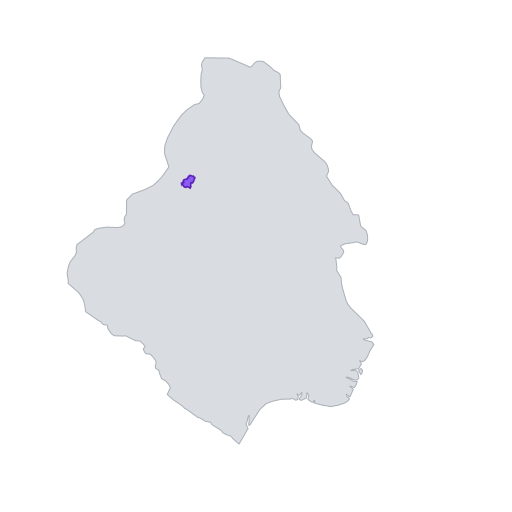 location of Jahun, Jigawa, Nigeria, rotated 303°
{"feature_id": "59680162B13393519160177", "entity_name": "Jahun", "entity_type": "district", "adm_level": 2, "iso_a3": "NGA", "parent_name": "Nigeria", "parent_adm1": "Jigawa", "projection": "natural_earth1", "projection_center": [9.509, 12.058], "detail": "fine", "context": "in_parent", "style": "filled", "palette": "violet", "viewbox_px": 512, "rotation_deg": 303, "n_neighbors": 0, "source": "geoboundaries", "source_scale": "gbopen_adm2", "svg_char_len": 5755}
<svg xmlns="http://www.w3.org/2000/svg" viewBox="0 0 512 512"><g transform="rotate(303 256 256)"><path d="M394.4,105.2L407.3,125.6L410.0,140.8L411.1,148.3L413.2,149.2L417.2,149.6L420.1,151.1L421.8,153.6L422.9,155.9L423.1,157.3L422.3,166.3L421.4,169.6L421.9,174.1L421.8,176.0L421.4,177.3L419.6,178.8L417.2,180.3L411.4,184.6L409.7,185.3L407.3,185.4L405.2,186.5L402.7,188.8L397.4,197.5L392.8,206.3L389.5,220.4L385.5,224.8L384.7,228.7L384.1,237.5L383.5,240.2L382.9,241.0L378.5,242.6L376.0,244.7L374.5,248.7L372.6,262.2L371.9,264.5L370.5,266.8L368.3,269.4L366.3,270.8L361.3,271.7L356.6,281.9L356.5,283.7L354.4,293.0L350.7,300.0L350.5,304.5L345.9,310.6L343.5,314.8L346.0,319.2L346.2,319.9L338.3,327.3L337.8,328.4L337.5,333.5L336.9,334.9L335.4,336.8L333.3,338.8L331.1,340.4L328.7,341.5L326.3,342.0L325.0,341.3L324.3,339.8L322.9,333.5L322.3,332.1L320.7,330.9L314.7,324.0L311.0,321.6L310.2,321.8L309.6,322.4L308.5,325.9L307.5,327.2L305.6,327.6L302.2,327.7L299.7,327.2L299.2,326.5L298.0,323.8L290.4,330.1L287.8,331.5L284.4,338.9L279.7,342.6L276.4,345.8L267.6,355.9L265.8,358.9L264.1,363.3L260.3,382.3L254.2,394.2L253.4,396.7L253.1,396.6L252.3,397.7L249.9,397.0L248.9,394.8L247.4,394.5L244.9,391.2L244.4,391.8L247.0,399.9L246.0,403.1L238.6,403.2L232.2,404.3L227.8,404.2L225.6,403.0L224.6,400.0L224.2,400.3L224.0,401.9L222.6,403.2L217.7,403.5L215.5,401.4L213.7,399.0L211.9,398.0L212.1,399.0L214.3,401.3L214.0,404.6L210.1,408.4L207.5,408.6L206.0,406.9L205.2,404.3L204.8,400.3L203.7,397.7L203.2,397.7L203.9,402.0L203.9,406.0L205.8,409.1L202.9,410.1L199.4,410.2L198.9,409.1L198.5,406.5L197.9,405.8L197.2,410.2L190.0,411.4L189.0,411.2L188.8,410.4L189.3,409.2L189.2,407.2L187.6,408.7L187.4,411.8L186.5,412.3L183.7,411.8L180.8,410.3L175.9,406.5L170.0,400.2L169.1,397.4L167.4,394.0L164.3,384.6L164.9,384.1L166.2,384.6L166.9,383.7L164.4,383.1L163.9,382.4L163.8,380.3L163.9,377.8L167.6,376.4L168.5,374.9L169.0,373.3L164.4,375.7L160.1,373.0L159.2,371.4L159.6,370.1L164.6,370.1L166.4,368.8L165.3,368.4L163.4,368.5L162.7,367.7L162.8,365.7L162.2,366.2L161.3,367.9L158.4,369.1L156.7,367.9L156.6,365.1L156.2,363.8L154.8,362.8L149.7,355.3L143.3,349.1L137.7,344.9L129.1,342.8L111.1,342.9L110.1,342.3L111.2,341.3L112.8,340.7L118.6,337.2L117.6,336.7L111.6,338.9L109.6,339.1L106.9,343.3L89.2,344.2L89.3,342.3L90.1,336.8L91.2,333.0L90.0,328.4L89.7,324.3L90.5,323.0L90.7,321.4L90.6,310.8L91.6,309.2L91.6,308.1L89.8,303.6L89.8,300.1L89.5,296.7L88.9,295.2L89.6,282.2L89.4,279.0L90.0,276.7L90.3,271.1L90.3,265.6L91.5,257.0L99.1,255.8L101.0,252.4L102.0,248.1L101.7,243.8L104.2,240.1L107.2,236.8L107.1,233.2L107.9,232.1L109.3,231.2L111.3,230.8L113.6,229.0L114.8,225.8L116.1,220.7L114.2,217.2L114.2,216.4L115.0,214.5L116.2,212.6L117.1,212.0L119.3,212.5L120.0,211.8L121.4,206.2L121.3,204.7L119.3,200.9L118.2,190.8L117.6,189.5L116.1,187.6L111.9,180.5L112.0,177.1L113.8,172.8L114.9,170.7L116.6,169.5L116.9,168.5L116.4,167.3L115.6,166.4L115.4,164.5L116.3,161.8L116.0,158.8L116.5,143.5L120.0,140.5L125.0,135.5L127.5,130.3L128.9,126.4L130.7,113.3L133.3,111.9L138.4,107.1L145.2,104.3L149.6,103.4L157.3,104.0L161.2,103.5L164.6,100.9L166.1,100.2L168.2,99.7L187.5,106.6L189.3,106.3L190.7,106.7L193.1,108.5L198.8,114.9L204.7,124.7L206.6,126.8L208.4,127.9L210.3,128.3L211.8,128.2L213.1,127.2L215.0,125.4L217.9,124.5L220.2,124.7L232.2,117.2L233.4,117.1L240.7,118.7L250.8,126.3L259.0,131.2L264.8,132.8L271.6,134.0L283.2,134.4L291.9,123.8L295.1,121.5L299.0,119.4L307.2,117.4L320.6,116.1L333.3,116.7L341.1,118.5L349.4,121.9L353.0,125.3L358.6,125.8L362.6,125.1L363.9,121.9L367.9,117.6L374.0,113.6L378.9,110.8L382.9,109.5L386.5,106.3L389.4,105.3L394.4,105.2ZM218.1,407.7L215.4,408.7L213.6,408.4L216.1,404.1L217.3,405.1L218.9,405.4L218.1,407.7Z" fill="#d9dde1" stroke="#a8b0b8" stroke-width="1"/><path d="M274.9,158.9L275.2,159.4L275.2,159.6L275.3,159.7L275.4,159.9L275.8,159.8L276.0,159.9L276.2,160.0L276.3,160.0L276.5,160.1L276.6,160.3L276.6,160.5L276.6,160.8L276.7,161.1L276.7,161.3L276.8,161.6L277.0,161.6L277.1,161.8L277.2,162.0L277.4,162.6L276.9,163.4L276.9,163.8L277.3,163.8L277.7,163.8L277.9,163.7L278.3,163.7L278.6,163.6L278.8,163.6L279.0,163.4L279.2,162.9L279.4,162.9L279.6,162.8L279.9,162.7L280.3,162.5L280.9,162.1L281.1,161.9L281.1,161.7L281.3,161.6L281.6,161.6L282.2,161.5L282.2,162.0L282.3,162.6L282.6,163.0L283.1,163.1L283.3,163.1L283.5,163.0L283.7,162.8L283.9,163.0L284.0,163.0L284.3,162.9L284.5,162.9L284.8,162.9L284.9,163.0L285.5,162.8L286.0,162.6L286.3,162.5L286.6,162.2L287.0,162.5L287.6,162.4L287.8,162.3L288.0,162.1L288.3,162.0L288.5,162.0L288.6,161.9L288.5,161.7L288.5,160.9L288.5,160.6L288.7,160.4L288.8,160.3L288.8,160.2L288.9,159.9L288.7,159.8L288.4,159.9L288.3,159.7L288.3,159.3L288.2,159.2L288.2,158.9L288.2,158.7L288.2,158.3L288.0,157.7L287.8,156.7L287.6,156.7L287.3,156.7L287.1,156.7L286.8,156.8L286.5,156.8L286.4,156.4L286.3,156.2L286.2,156.0L285.9,156.1L285.7,156.1L285.4,156.2L285.2,156.0L285.3,156.1L285.2,156.1L284.9,156.2L284.7,156.3L284.3,156.5L284.2,156.5L284.2,156.4L284.1,156.2L283.8,156.4L283.3,156.3L283.0,156.3L282.9,156.0L283.0,155.9L282.9,155.7L282.7,155.6L282.4,155.6L282.2,155.6L281.4,154.6L281.2,154.4L280.8,154.0L280.6,154.0L279.9,154.1L279.6,154.2L279.2,154.4L279.0,154.7L278.9,154.9L278.8,154.7L278.7,154.8L278.4,154.8L278.4,154.7L278.3,154.8L278.3,154.7L278.2,154.7L278.2,154.8L277.9,154.9L277.8,155.0L277.7,155.0L277.6,154.9L277.5,154.7L277.4,154.7L277.3,154.4L277.2,154.3L277.2,154.5L277.2,154.4L276.9,154.3L277.0,154.5L276.9,154.6L276.7,154.5L276.5,154.8L276.4,155.0L276.4,154.9L276.2,154.8L275.9,154.8L275.7,154.9L275.5,155.0L275.4,155.1L275.5,155.1L275.4,155.0L275.3,155.3L275.5,155.6L275.7,156.3L275.7,156.5L275.7,156.9L275.5,157.1L275.3,157.2L274.9,157.5L274.9,157.9L275.0,158.5L274.9,158.9Z" fill="#8b5cf6" stroke="#5b21b6" stroke-width="1.5"/></g></svg>